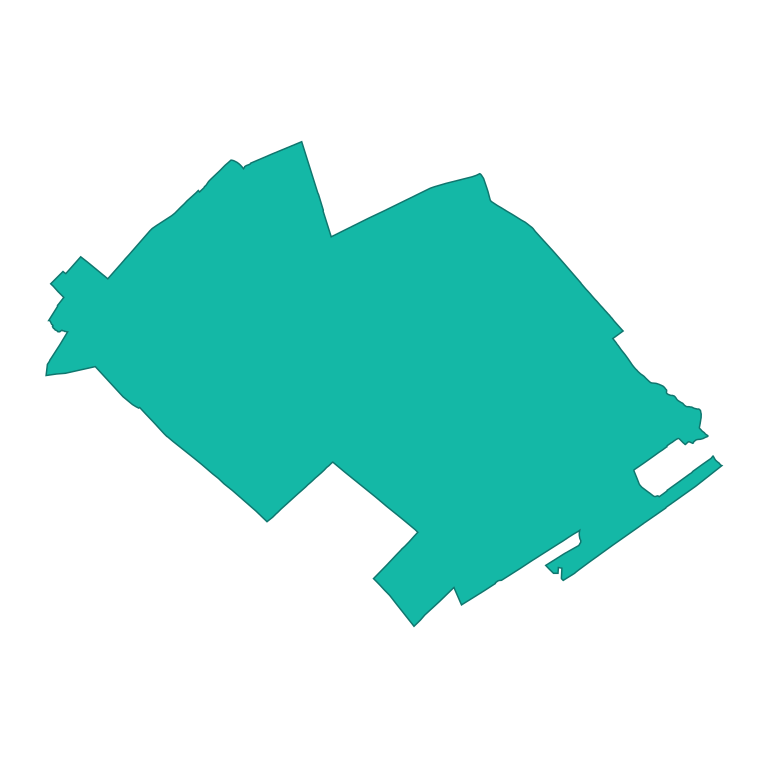 Teiu, Arges, Romania (Albers equal-area conic projection)
{"feature_id": "2599482B70110326614234", "entity_name": "Teiu", "entity_type": "district", "adm_level": 2, "iso_a3": "ROU", "parent_name": "Romania", "parent_adm1": "Arges", "projection": "albers", "projection_center": [25.15, 44.647], "detail": "fine", "context": "isolated", "style": "filled", "palette": "teal", "viewbox_px": 768, "rotation_deg": 0, "n_neighbors": 0, "source": "geoboundaries", "source_scale": "gbopen_adm2", "svg_char_len": 6003}
<svg xmlns="http://www.w3.org/2000/svg" viewBox="0 0 768 768"><path d="M580.9,283.0L562.8,262.1L552.6,250.5L550.2,247.9L535.3,231.5L533.1,228.6L532.1,227.6L525.3,222.3L521.2,220.0L512.6,214.6L506.3,210.9L501.5,207.9L497.5,205.6L491.9,201.9L491.0,201.2L490.2,200.0L488.0,191.6L486.8,187.9L483.6,178.5L481.4,175.1L480.5,174.1L479.7,173.7L476.2,175.4L472.1,176.8L445.9,183.4L434.3,186.8L430.3,188.2L383.4,211.2L368.6,218.2L331.2,236.8L330.9,235.8L323.1,211.1L323.3,210.4L323.3,210.2L318.5,194.4L317.8,193.0L316.0,187.3L312.2,175.2L301.7,141.7L272.5,153.8L250.6,163.2L250.3,163.9L249.2,164.5L246.3,165.6L244.7,166.6L244.3,167.6L243.5,168.7L242.4,167.3L240.5,165.2L239.0,163.8L237.1,162.4L234.2,160.9L232.8,160.4L231.0,160.1L228.0,162.8L225.3,165.1L223.5,166.9L220.1,170.4L210.6,179.4L208.6,181.5L205.9,185.5L204.5,186.6L204.0,187.7L199.5,192.0L198.3,190.5L195.8,193.0L187.0,200.9L184.2,203.9L180.6,207.3L174.9,213.1L171.7,215.7L156.7,225.4L153.2,227.8L152.1,228.6L149.8,230.9L128.7,255.1L125.2,258.9L124.0,260.4L109.2,277.2L107.8,278.8L87.0,261.7L80.7,256.8L65.8,273.6L64.3,272.6L63.0,271.5L50.7,283.8L53.2,286.2L58.1,291.7L63.8,297.4L58.7,304.0L57.5,305.4L57.5,306.5L48.7,320.5L49.4,320.5L50.0,321.0L50.4,321.6L50.6,322.0L50.9,322.5L51.0,322.9L51.7,324.3L52.5,324.9L52.9,325.5L52.9,326.0L52.5,326.3L52.6,326.9L53.0,327.4L53.2,327.9L53.8,328.6L54.4,328.7L55.1,329.9L56.3,330.4L57.6,331.2L57.7,331.6L58.1,331.8L59.4,331.7L59.7,331.8L60.0,331.6L60.3,331.2L60.5,331.2L61.2,330.7L61.5,330.4L62.1,330.3L62.6,330.7L63.9,330.9L64.9,331.5L65.7,331.4L66.6,331.8L67.6,331.9L59.9,344.7L50.9,358.6L50.0,359.9L49.5,361.2L47.4,364.4L46.1,375.5L56.5,374.0L65.3,373.3L95.3,366.6L123.0,396.7L132.4,404.5L135.8,406.6L138.7,408.1L139.7,407.5L146.1,414.4L152.7,421.3L164.0,433.6L166.9,436.5L167.2,436.5L173.2,441.6L193.7,457.9L201.8,464.5L212.7,473.9L218.5,478.5L223.9,483.7L232.3,490.4L255.9,511.0L267.0,521.7L272.7,517.2L276.1,513.8L277.5,512.6L281.0,509.1L298.2,493.5L301.0,491.1L305.8,486.8L307.9,484.7L310.3,482.7L312.8,480.4L315.2,478.1L321.0,473.1L324.4,469.9L326.6,467.5L328.9,465.7L331.4,463.2L332.8,462.1L345.1,472.4L375.2,496.7L386.2,506.0L402.7,519.3L415.1,529.6L417.8,532.3L413.8,536.6L408.8,542.2L407.4,543.6L404.8,546.3L402.6,548.3L401.6,549.2L401.1,549.9L396.1,555.1L386.6,565.2L373.5,578.6L376.8,581.9L380.2,585.4L384.3,589.9L389.6,595.3L397.0,604.8L401.2,610.1L414.0,626.3L420.4,620.1L423.0,617.1L424.7,615.1L439.4,601.6L453.5,587.9L454.0,587.5L455.0,590.0L461.5,604.9L484.3,590.7L495.4,583.5L495.4,582.8L497.8,581.0L499.1,580.5L501.5,580.3L520.1,568.5L531.9,560.7L558.5,543.8L562.7,541.2L568.2,537.5L573.7,534.0L578.5,531.2L579.7,530.3L579.3,532.6L579.3,535.3L579.8,538.4L580.8,540.7L580.7,542.3L578.8,545.5L564.4,553.6L545.7,565.4L549.2,569.1L553.5,573.3L558.0,573.3L558.4,567.5L561.9,568.2L561.4,578.0L561.5,578.7L563.2,580.4L574.6,573.3L575.6,572.4L578.5,570.1L589.3,562.1L613.0,545.0L638.6,527.0L644.4,522.8L645.9,521.8L665.8,508.0L666.1,507.3L695.8,486.2L721.9,465.6L721.2,465.3L720.8,465.1L720.4,464.7L718.8,462.8L718.4,462.5L717.9,462.3L717.0,461.5L715.6,460.2L714.9,459.2L713.7,457.0L713.2,456.1L712.9,456.1L712.7,456.4L711.4,457.9L711.2,458.3L706.0,461.9L705.7,462.1L704.2,463.2L703.7,463.5L693.6,470.8L693.1,471.1L692.6,471.7L691.9,472.4L691.8,472.6L691.1,473.1L690.7,473.4L690.0,473.8L688.3,475.0L677.3,483.0L667.4,490.1L667.1,490.3L667.0,490.9L666.6,491.3L664.3,493.0L663.4,493.7L659.2,496.7L658.5,496.2L658.2,496.0L657.6,495.9L657.2,495.9L655.9,496.4L655.1,496.5L654.7,496.5L653.7,496.2L650.2,493.5L649.6,493.0L648.8,492.5L641.9,487.3L641.5,486.9L639.9,485.1L639.1,483.8L637.3,479.1L633.9,470.7L633.9,470.1L634.1,469.9L635.1,469.1L635.7,468.7L636.2,468.3L636.9,467.9L644.0,463.0L655.1,455.1L655.9,454.5L659.1,452.2L662.6,449.9L666.2,447.2L666.7,446.9L666.8,446.9L667.1,445.8L667.6,445.5L667.9,445.1L668.2,444.9L670.0,443.7L670.7,443.2L672.2,442.3L674.2,440.8L676.1,439.5L677.8,438.6L678.6,438.5L679.0,438.7L679.4,438.9L683.2,442.8L684.3,443.7L685.0,444.4L685.2,444.5L685.4,444.5L685.6,444.4L686.3,443.6L686.9,443.1L687.5,442.5L687.8,442.3L688.4,441.9L688.9,441.7L689.3,441.8L692.7,443.3L693.1,443.1L693.4,442.9L693.6,442.0L693.8,441.7L694.1,441.5L694.4,441.3L695.4,440.4L696.2,439.9L696.6,439.7L697.7,439.5L698.6,439.4L700.1,439.3L700.7,439.2L703.2,438.5L705.9,437.1L706.1,437.1L707.4,436.6L707.8,436.3L707.9,436.2L707.9,435.9L707.8,435.6L707.2,435.2L706.2,434.6L706.0,434.4L705.5,434.1L705.1,433.7L704.7,433.1L704.3,432.7L703.8,432.3L702.3,431.2L701.7,430.6L700.5,429.2L699.9,428.7L699.5,428.3L699.4,427.8L699.4,427.4L700.1,423.8L700.3,422.8L700.3,422.4L700.5,421.4L700.8,419.2L701.0,418.3L701.1,417.6L701.2,414.3L701.1,413.6L700.7,412.0L700.7,411.8L700.6,410.9L700.4,410.5L700.0,410.0L699.7,409.7L699.4,409.4L698.8,409.1L698.5,409.1L698.1,409.0L697.2,409.1L696.7,408.9L694.6,408.4L693.7,408.1L691.8,407.1L690.4,407.0L689.7,406.8L689.0,406.7L687.5,406.7L687.1,406.7L686.1,406.4L685.3,405.9L684.4,405.2L683.0,403.6L682.6,403.2L682.2,403.0L681.3,402.6L678.1,400.6L676.9,399.5L676.0,398.0L674.9,396.6L674.0,395.9L672.3,395.4L670.9,395.4L669.4,394.9L668.0,394.3L667.0,393.6L666.7,393.2L666.5,392.9L666.5,392.5L666.5,391.7L666.7,390.9L666.6,390.4L666.5,389.9L665.7,389.1L664.6,387.6L663.8,386.8L663.1,386.2L661.3,385.3L660.6,385.0L660.2,384.9L659.5,384.5L658.9,384.3L656.6,383.5L655.5,383.3L652.1,383.0L650.9,382.7L650.6,382.5L649.6,381.8L649.0,381.2L648.7,381.0L645.8,378.2L644.1,376.4L642.8,375.4L640.6,373.9L639.6,373.0L638.3,371.8L637.8,371.3L636.9,370.2L635.6,369.0L633.9,367.0L632.3,365.0L631.7,364.1L631.3,363.6L631.0,363.0L630.6,362.5L629.2,360.4L627.6,358.1L625.2,354.8L622.0,350.8L621.9,350.7L620.8,349.3L620.3,348.5L619.4,347.3L618.4,345.8L617.2,344.4L616.1,342.7L612.8,338.5L617.1,335.4L617.5,335.1L623.1,331.0L622.5,330.4L614.1,321.0L611.7,317.9L611.3,317.6L609.3,315.1L608.1,313.9L605.8,311.3L605.1,310.6L602.6,307.7L600.5,305.5L596.7,301.1L595.2,299.6L591.1,294.9L590.9,294.6L588.4,291.8L585.9,289.1L581.1,283.5L580.9,283.0Z" fill="#14b8a6" stroke="#0f766e" stroke-width="1.5"/></svg>